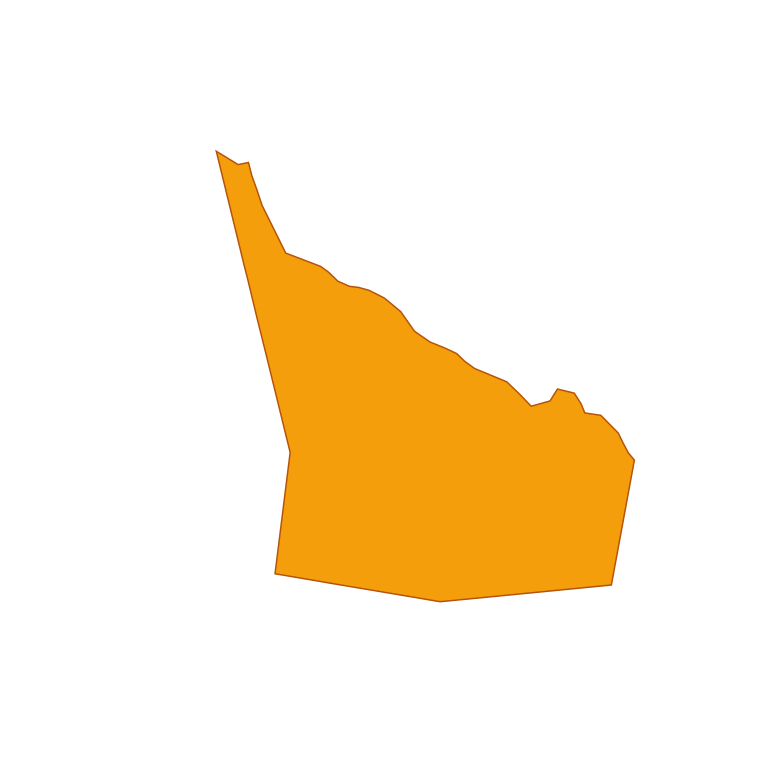 the district of Lagoa de Pedras, Rio Grande do Norte, Brazil, rotated 62°
{"feature_id": "56859067B10603162869089", "entity_name": "Lagoa de Pedras", "entity_type": "district", "adm_level": 2, "iso_a3": "BRA", "parent_name": "Brazil", "parent_adm1": "Rio Grande do Norte", "projection": "mercator", "projection_center": [-35.477, -6.193], "detail": "fine", "context": "isolated", "style": "filled", "palette": "amber", "viewbox_px": 768, "rotation_deg": 62, "n_neighbors": 0, "source": "geoboundaries", "source_scale": "gbopen_adm2", "svg_char_len": 697}
<svg xmlns="http://www.w3.org/2000/svg" viewBox="0 0 768 768"><g transform="rotate(62 384 384)"><path d="M668.2,277.6L568.8,198.7L559.3,200.6L547.7,200.6L537.3,200.2L513.4,207.3L503.8,220.3L494.1,219.3L481.4,220.3L469.9,233.2L476.9,245.4L472.7,264.5L456.8,269.0L439.7,274.6L412.9,296.7L401.9,302.1L391.4,305.5L381.8,312.6L368.5,323.7L351.8,332.3L327.9,335.3L308.4,343.3L294.4,353.1L286.8,361.1L281.4,368.8L271.5,376.5L259.4,380.4L250.5,384.7L222.3,409.3L169.1,407.8L152.5,405.0L138.0,402.9L124.8,399.7L121.8,409.8L99.8,422.8L214.5,452.0L226.1,454.8L265.2,464.9L302.1,474.1L400.4,499.0L500.4,569.3L540.1,517.9L602.6,436.6L668.2,277.6Z" fill="#f59e0b" stroke="#b45309" stroke-width="1.5"/></g></svg>